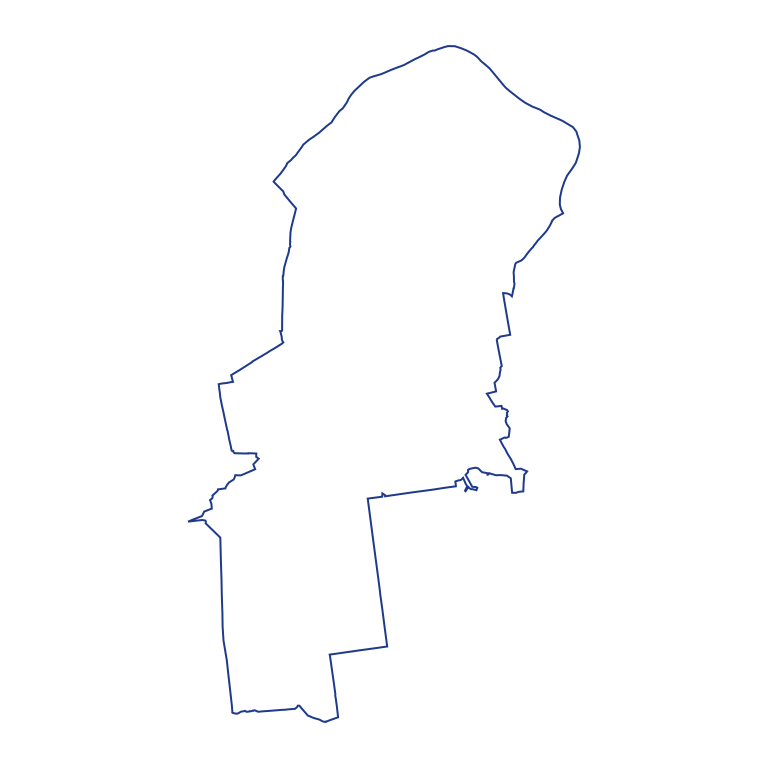 outline of Seces pag., Jaunjelgavas, Latvia
{"feature_id": "27541924B20656105866452", "entity_name": "Seces pag.", "entity_type": "district", "adm_level": 2, "iso_a3": "LVA", "parent_name": "Latvia", "parent_adm1": "Jaunjelgavas", "projection": "albers", "projection_center": [25.369, 56.527], "detail": "fine", "context": "isolated", "style": "outline", "palette": "blue", "viewbox_px": 768, "rotation_deg": 0, "n_neighbors": 0, "source": "geoboundaries", "source_scale": "gbopen_adm2", "svg_char_len": 6043}
<svg xmlns="http://www.w3.org/2000/svg" viewBox="0 0 768 768"><path d="M273.6,181.7L282.1,190.3L283.3,191.4L284.2,194.3L290.1,201.5L296.1,208.5L294.4,215.3L293.2,219.9L292.8,221.3L292.5,222.8L291.9,225.1L291.2,228.1L290.5,232.3L290.3,236.7L290.1,240.8L290.1,241.6L290.3,241.7L290.0,244.7L290.4,246.7L289.3,248.0L289.0,250.5L288.4,253.4L286.7,258.6L284.8,265.5L284.5,266.2L283.8,270.4L283.4,274.8L283.2,275.9L282.9,275.9L282.8,276.9L282.8,280.1L283.0,280.6L283.1,284.7L282.9,286.9L282.8,295.5L282.7,300.8L282.7,301.2L282.6,306.4L282.2,316.3L282.1,330.2L281.7,331.1L280.1,331.1L280.3,331.5L280.8,333.1L281.1,334.5L281.4,335.4L281.7,336.9L281.8,338.4L281.8,338.8L281.9,339.7L282.2,340.4L282.5,341.2L282.7,341.6L283.1,342.1L283.3,342.4L281.7,343.8L273.9,348.7L270.2,350.8L266.4,353.3L265.6,353.7L262.0,355.9L257.7,358.4L252.3,361.6L252.2,362.0L247.2,365.2L239.7,370.0L232.7,374.2L231.2,375.1L232.1,378.6L232.4,379.8L233.0,381.9L231.0,382.1L227.8,382.8L224.1,383.3L223.3,383.3L219.7,383.9L218.7,384.2L219.4,389.9L219.8,392.5L220.3,397.3L221.8,404.9L223.7,413.4L223.9,414.6L227.3,430.5L227.6,430.9L228.1,433.6L228.8,437.1L229.1,439.0L230.3,444.0L230.9,446.9L231.7,450.7L233.2,451.0L233.2,451.6L234.5,453.2L240.5,453.4L248.2,453.5L248.3,453.2L256.3,453.5L256.2,456.8L258.7,458.7L253.4,464.3L253.8,465.8L255.2,469.2L244.4,473.9L243.9,474.1L240.6,475.4L235.3,475.2L235.0,476.4L234.1,478.7L233.9,479.1L233.6,479.5L233.4,479.7L229.2,482.3L228.9,482.6L227.3,484.6L226.8,485.3L225.6,487.5L225.5,487.9L225.4,488.1L225.4,488.4L217.9,489.4L217.9,490.2L217.8,490.4L217.7,490.6L217.3,491.1L215.7,492.6L212.6,495.4L212.8,495.6L212.3,498.3L210.0,500.1L210.8,502.1L211.4,503.8L211.8,508.6L207.9,510.1L206.7,510.6L204.2,511.6L202.6,514.9L201.9,516.1L193.4,519.4L188.1,521.6L202.3,520.0L205.5,520.6L205.9,521.9L205.7,523.4L220.3,537.6L220.9,560.8L221.5,579.7L221.8,595.3L222.4,612.7L222.6,626.5L223.5,640.5L226.8,660.3L228.3,674.2L228.9,679.2L230.4,692.5L231.9,705.9L232.3,711.0L232.3,712.6L232.7,712.8L233.9,713.2L236.3,713.7L237.2,713.7L239.5,712.6L240.5,711.9L241.6,711.5L242.5,711.4L243.3,711.4L244.0,711.1L244.4,710.9L245.1,710.9L245.7,711.2L245.9,711.5L246.4,711.7L246.8,711.8L248.2,711.7L249.7,711.2L250.2,711.4L250.4,711.3L252.7,710.7L253.0,710.6L253.3,710.8L253.7,710.7L254.3,710.3L254.6,710.3L254.8,710.3L255.6,710.6L257.6,711.6L257.8,711.6L258.2,711.6L258.6,711.7L259.2,711.7L261.8,711.4L267.6,711.0L277.8,710.2L279.3,710.1L279.5,710.0L285.2,709.7L288.0,709.4L288.8,709.3L290.6,709.2L294.6,708.8L294.8,708.9L295.6,708.4L296.5,707.6L296.8,707.2L297.2,706.8L297.8,705.7L299.4,705.7L302.5,709.4L308.0,715.7L310.6,716.6L310.8,716.8L312.9,717.7L314.0,718.0L315.3,718.5L317.2,718.9L318.0,719.2L319.4,719.6L320.6,720.2L321.9,721.0L322.4,721.3L324.4,721.8L325.4,721.9L326.1,721.8L326.2,721.4L326.9,721.4L330.1,720.1L338.1,717.3L337.2,709.4L336.7,705.3L335.8,698.7L335.4,696.5L335.2,695.7L335.4,694.5L334.0,684.1L331.0,663.1L330.0,656.1L329.7,654.6L357.7,650.6L373.7,648.4L387.2,646.5L384.6,627.0L382.4,609.8L380.2,594.0L380.1,592.5L378.4,579.3L373.5,542.5L368.0,500.7L367.7,498.6L382.2,496.7L382.4,493.4L385.1,495.2L385.1,496.3L400.3,494.1L411.5,492.5L433.8,489.5L444.6,487.8L455.9,486.3L455.7,484.0L455.3,481.5L458.4,480.4L460.6,480.1L461.5,479.4L463.1,477.8L465.7,483.8L467.2,486.3L465.0,490.7L465.6,491.2L468.4,487.0L469.7,488.4L470.8,489.1L472.7,489.2L476.4,490.2L477.3,487.7L475.6,487.0L475.3,487.0L472.2,486.8L469.4,481.6L465.6,474.9L468.1,472.2L468.1,471.6L468.0,469.9L469.6,468.9L475.3,467.7L476.9,468.0L478.4,468.5L479.7,469.8L480.4,470.6L482.3,472.3L483.8,472.5L487.3,473.2L487.5,474.7L488.5,474.4L489.1,473.2L495.8,475.2L501.4,475.1L507.0,475.7L510.8,478.3L512.1,492.8L516.0,492.8L518.9,491.8L523.3,491.4L523.6,483.6L524.3,474.5L526.1,472.7L527.1,471.4L520.9,468.7L515.7,469.1L513.3,463.8L511.0,459.3L507.7,454.0L506.9,452.5L504.9,448.5L503.9,447.2L502.3,444.3L499.9,439.7L504.6,437.5L504.8,437.5L505.7,437.9L505.9,437.9L508.0,437.1L508.7,436.8L509.3,432.5L509.7,428.6L509.7,428.3L506.7,424.1L505.6,421.1L506.0,419.1L506.0,418.9L506.1,417.8L507.5,416.4L506.8,415.6L507.2,414.5L506.8,413.0L507.9,411.4L507.0,410.0L506.0,409.6L504.9,409.2L503.4,408.5L502.1,408.8L501.5,405.9L495.3,406.6L492.8,403.1L490.8,399.9L490.5,399.5L490.0,398.4L486.9,393.7L496.1,391.4L494.8,384.2L494.5,382.8L497.8,379.4L499.5,376.1L499.8,373.1L500.6,369.5L500.3,367.7L501.8,365.9L501.5,364.6L501.0,362.2L498.1,347.3L496.8,340.2L497.0,339.9L497.1,339.2L497.2,338.9L497.5,338.7L497.9,338.5L498.3,338.2L499.2,337.7L500.2,336.6L510.2,334.8L508.2,323.5L505.5,307.8L503.8,297.8L503.1,293.1L505.0,293.2L506.8,293.4L507.9,293.7L509.1,294.2L510.0,294.6L510.9,295.4L511.4,295.8L511.9,296.3L512.6,293.4L512.9,291.5L513.1,290.6L513.3,290.1L513.3,289.5L513.5,288.4L513.8,288.4L514.5,284.0L514.3,282.6L514.0,281.9L513.9,276.6L513.6,272.1L515.3,264.1L516.1,262.8L521.3,260.5L523.4,258.6L524.6,257.4L526.3,255.0L529.0,251.4L530.2,250.1L531.5,248.5L532.8,247.3L534.4,244.9L535.5,243.7L537.8,240.5L540.3,237.9L544.3,233.5L546.3,231.2L547.8,229.0L548.1,228.4L549.0,227.2L550.7,224.0L551.8,221.6L552.1,221.3L552.1,220.7L554.7,217.9L563.1,213.3L560.9,209.0L559.8,204.5L560.0,197.7L561.7,189.7L564.3,181.9L567.1,175.6L572.5,168.1L575.9,162.7L579.0,153.1L579.9,146.9L579.3,140.4L577.8,136.1L576.4,131.6L572.9,127.1L562.2,120.7L550.4,115.5L544.1,112.3L540.0,109.6L533.1,106.9L531.9,106.4L524.9,102.6L519.6,98.9L509.8,91.2L506.1,88.0L504.0,85.8L500.3,81.3L489.6,68.4L485.8,65.1L480.9,61.0L478.7,58.5L476.7,56.5L473.9,54.4L467.1,50.7L461.3,48.3L454.8,46.2L448.1,46.1L444.6,47.0L437.6,49.3L434.9,50.5L433.0,50.5L429.0,51.8L424.3,54.6L418.3,57.6L414.8,59.2L403.8,65.1L401.2,66.1L397.3,67.5L391.1,69.9L384.4,72.8L381.0,74.2L374.4,76.1L369.6,77.7L365.1,81.0L363.1,82.7L354.4,90.9L351.0,95.0L348.6,98.7L346.9,102.4L342.8,108.3L339.4,111.1L334.6,117.4L331.5,122.4L327.1,125.7L319.1,132.7L313.2,137.0L308.7,140.0L305.4,142.9L303.3,144.6L301.6,147.3L298.7,151.2L295.8,155.3L293.3,157.5L291.0,160.1L287.4,163.0L285.9,166.2L280.7,173.4L274.6,180.2L273.6,181.7Z" fill="none" stroke="#1e3a8a" stroke-width="2"/></svg>